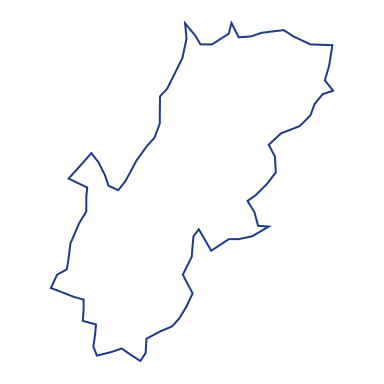 Pano Koutrafas, Nicosia, Cyprus
{"feature_id": "46923920B67363917084525", "entity_name": "Pano Koutrafas", "entity_type": "district", "adm_level": 2, "iso_a3": "CYP", "parent_name": "Cyprus", "parent_adm1": "Nicosia", "projection": "orthographic", "projection_center": [32.965, 35.092], "detail": "fine", "context": "isolated", "style": "outline", "palette": "blue", "viewbox_px": 384, "rotation_deg": 0, "n_neighbors": 0, "source": "geoboundaries", "source_scale": "gbopen_adm2", "svg_char_len": 1103}
<svg xmlns="http://www.w3.org/2000/svg" viewBox="0 0 384 384"><path d="M332.4,45.2L310.3,44.4L293.4,36.4L283.7,30.1L261.6,32.8L251.0,36.4L238.6,37.3L231.5,23.0L228.8,33.7L212.0,44.4L200.5,44.4L195.2,35.5L185.1,23.4L186.5,38.7L182.4,58.1L167.2,88.7L160.0,96.4L159.8,113.7L159.8,123.5L154.5,137.7L146.5,146.6L136.8,160.0L125.3,181.3L118.2,190.2L108.5,185.7L104.9,175.1L98.7,162.6L91.4,153.1L77.5,168.8L68.6,178.6L87.2,187.5L86.3,197.3L86.3,211.5L79.2,223.1L70.4,243.5L68.6,258.6L66.8,269.3L57.1,274.7L50.9,288.0L73.9,296.9L83.6,299.6L83.6,309.4L82.8,320.9L96.0,324.5L95.2,333.4L93.4,346.7L96.9,355.6L111.1,352.1L121.7,348.5L130.6,354.7L140.3,361.0L145.6,353.0L146.5,338.7L159.8,331.6L172.2,326.3L179.3,318.3L186.4,306.7L192.6,293.4L182.8,274.7L191.7,256.9L193.4,236.4L198.8,229.3L211.2,250.7L228.9,239.1L238.6,239.1L251.9,236.4L268.7,226.6L258.1,225.8L254.5,212.4L247.5,200.9L255.4,195.5L266.9,184.0L275.8,172.4L274.9,156.4L268.7,144.8L281.1,133.3L299.7,126.1L310.3,115.5L314.7,103.9L322.7,94.1L333.1,90.7L332.2,89.6L324.8,80.3L329.0,66.4L332.4,45.2Z" fill="none" stroke="#1e3a8a" stroke-width="2"/></svg>